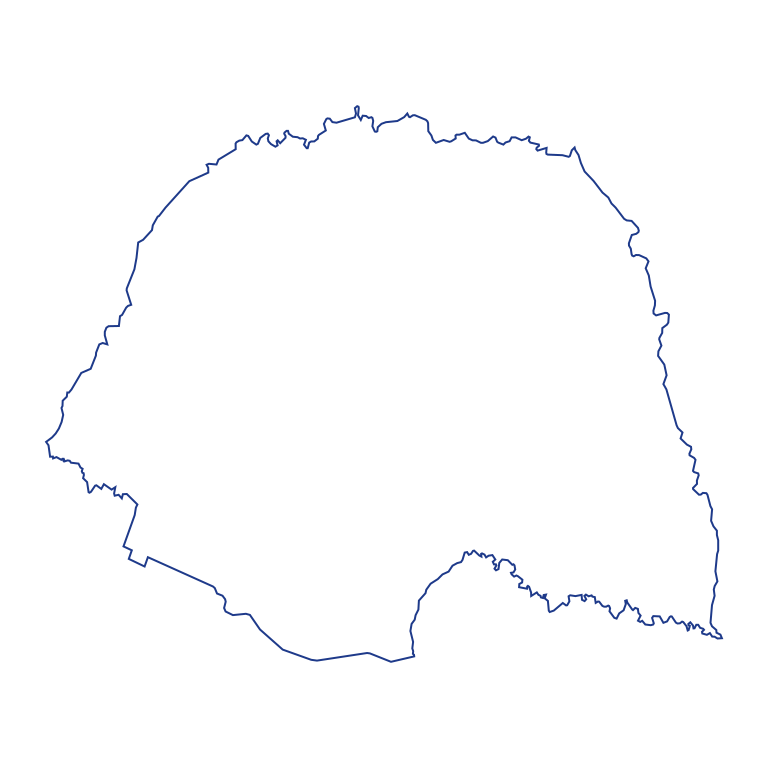 outline of Makueni, Eastern, Kenya
{"feature_id": "3690345B23299491685856", "entity_name": "Makueni", "entity_type": "district", "adm_level": 2, "iso_a3": "KEN", "parent_name": "Kenya", "parent_adm1": "Eastern", "projection": "robinson", "projection_center": [37.731, -1.955], "detail": "fine", "context": "isolated", "style": "outline", "palette": "blue", "viewbox_px": 768, "rotation_deg": 0, "n_neighbors": 0, "source": "geoboundaries", "source_scale": "gbopen_adm2", "svg_char_len": 6081}
<svg xmlns="http://www.w3.org/2000/svg" viewBox="0 0 768 768"><path d="M126.8,288.4L126.6,290.4L131.2,304.8L128.0,305.9L126.2,307.6L122.1,314.9L120.0,316.2L118.9,326.0L108.6,326.2L106.4,327.7L104.8,331.8L104.8,335.4L107.3,344.4L102.7,343.0L99.3,344.4L96.1,352.6L95.9,355.6L90.7,368.8L81.3,372.9L71.5,389.5L68.9,392.6L67.3,392.5L66.8,396.7L62.7,400.7L62.5,406.0L61.5,408.0L63.2,414.9L61.6,422.0L58.9,428.5L55.7,433.5L52.1,437.4L46.1,441.9L48.5,445.3L50.1,456.7L52.9,456.6L53.1,458.4L56.5,457.1L61.3,459.8L62.4,458.8L63.7,458.8L64.1,459.8L63.4,460.7L64.1,461.5L67.7,460.4L69.7,460.8L71.0,462.7L78.5,463.6L80.5,467.5L82.6,468.8L81.8,471.2L82.4,472.8L83.6,473.2L83.9,475.0L83.1,478.2L87.1,482.1L88.6,492.2L89.5,492.7L91.0,491.8L95.1,485.7L96.4,485.3L101.3,488.9L103.9,484.2L111.6,489.6L115.3,487.2L114.1,493.5L114.7,495.7L118.6,494.8L121.8,498.4L122.9,494.2L126.8,494.0L137.4,504.5L135.9,507.6L134.7,515.1L123.5,546.4L131.8,550.3L128.8,558.9L144.6,566.5L147.9,557.2L213.0,586.5L214.8,588.1L217.0,593.5L222.5,595.7L225.1,599.2L225.7,601.7L224.1,608.0L225.6,611.5L232.9,615.1L245.9,613.8L249.9,614.9L260.0,629.5L282.7,649.6L311.2,659.8L317.0,660.6L367.1,653.0L369.9,653.4L391.0,661.8L414.2,656.4L414.0,654.8L412.9,653.8L413.2,651.2L412.3,648.4L413.1,641.9L410.4,631.0L411.6,623.9L414.7,619.7L415.6,615.2L418.4,609.6L418.9,600.6L425.5,593.2L426.3,589.7L430.6,583.7L437.8,579.1L442.5,574.4L448.6,571.6L452.5,565.7L457.2,563.1L461.0,562.1L462.5,559.9L464.7,552.6L467.1,552.1L468.8,554.8L471.1,553.8L473.0,550.9L474.1,550.6L479.3,555.5L481.4,556.6L481.1,553.9L482.0,553.4L484.5,554.6L486.1,557.4L488.6,555.7L492.4,555.1L495.3,559.5L492.8,561.8L494.0,564.4L495.9,564.3L496.4,565.4L494.5,568.7L496.0,570.3L498.5,569.1L499.3,562.9L502.2,559.5L507.8,560.2L512.3,564.8L513.5,564.3L514.5,565.4L515.2,569.5L513.5,572.4L511.0,572.8L511.6,574.3L514.1,576.6L516.4,575.5L517.9,576.2L522.4,579.7L522.1,582.5L519.3,584.0L519.1,587.2L527.0,588.7L527.2,586.5L527.9,585.9L529.1,586.8L531.1,592.5L531.2,596.0L536.8,592.4L538.4,594.8L540.5,595.8L540.9,597.4L542.9,598.0L543.7,595.0L546.0,594.6L544.7,598.3L547.9,600.9L548.8,610.7L549.7,612.0L553.8,610.6L562.8,603.0L566.1,605.4L567.2,605.2L569.4,601.3L568.6,596.3L570.2,595.3L575.5,596.1L581.6,594.9L582.0,599.8L584.6,601.1L586.2,599.3L584.4,595.9L585.9,594.6L588.7,596.3L591.6,595.4L592.4,596.6L594.8,597.1L595.7,602.9L598.0,601.5L599.2,601.7L602.4,605.9L604.2,606.7L606.1,606.7L608.2,605.6L609.1,606.0L610.1,608.3L609.5,611.3L614.3,617.8L616.6,618.6L619.2,613.4L623.6,610.3L625.8,604.1L625.2,600.8L626.7,600.3L627.3,602.5L632.2,609.5L633.0,610.1L635.2,607.9L637.9,608.9L638.4,612.9L640.6,615.6L638.0,620.7L640.2,621.9L642.2,620.8L645.3,624.5L650.8,625.2L653.2,624.5L653.8,623.3L652.1,617.9L653.3,616.1L659.7,616.4L663.4,622.8L667.1,621.4L669.7,617.0L670.9,616.3L671.8,616.5L675.9,622.6L677.5,623.5L679.9,623.3L682.1,621.6L683.3,622.1L686.5,626.2L687.7,630.5L688.6,630.1L689.6,626.8L689.8,625.8L688.6,625.3L688.3,624.0L690.3,622.3L693.0,625.5L693.5,628.4L694.5,628.3L696.3,624.8L698.2,624.8L700.1,627.8L703.2,628.8L704.0,629.8L702.0,631.8L702.3,633.5L706.9,634.8L709.9,633.1L712.2,636.6L714.6,636.7L717.5,638.5L721.9,638.2L720.4,634.6L716.5,632.7L716.3,630.0L712.0,626.3L710.5,622.8L712.0,605.1L714.6,595.8L713.8,589.5L714.7,586.0L717.4,581.4L715.4,571.3L717.1,554.1L718.2,550.6L718.2,540.3L716.9,535.0L716.9,530.7L713.5,526.4L711.1,520.8L712.1,509.3L710.4,506.1L707.5,494.9L706.4,493.2L702.9,492.9L700.8,494.6L699.0,494.7L693.1,489.1L693.0,488.0L697.0,483.9L696.9,480.6L698.7,475.3L698.2,473.4L694.1,472.1L693.0,470.9L695.5,459.8L694.1,457.9L689.6,455.3L689.4,453.7L691.3,449.3L691.0,446.8L686.9,444.6L680.6,438.5L682.5,432.5L677.9,428.1L676.6,425.3L666.4,389.4L663.4,384.1L666.6,375.3L664.3,364.6L658.1,355.9L658.4,351.3L661.4,345.6L659.2,339.3L659.4,337.9L662.2,332.9L662.3,328.1L666.9,324.7L668.3,322.6L668.9,314.6L667.2,313.0L665.0,312.9L656.1,315.4L653.6,313.5L653.4,310.7L654.9,305.4L655.1,300.8L650.6,286.5L648.8,275.5L645.7,268.3L648.5,261.4L646.3,258.4L639.1,255.1L636.0,255.0L633.7,256.3L632.2,255.6L631.6,254.2L630.8,248.7L629.0,245.6L628.9,243.3L631.8,235.0L636.3,233.8L638.4,232.1L638.8,230.7L638.0,227.9L631.6,220.9L626.7,220.4L624.1,218.8L615.6,207.6L611.5,203.5L608.3,197.5L602.5,192.6L593.6,181.0L584.6,171.5L580.9,163.0L578.5,155.0L575.3,150.1L574.6,147.5L571.8,150.3L569.9,156.0L568.7,156.8L562.5,155.2L547.8,154.6L546.5,154.0L546.2,152.6L546.6,147.9L537.6,150.6L536.3,149.1L536.7,147.7L539.0,145.8L538.8,144.5L530.4,142.6L528.9,140.8L529.8,137.3L528.5,136.6L526.0,138.7L521.7,140.2L515.5,137.4L511.6,137.4L509.6,141.2L505.5,142.5L503.4,144.6L498.3,142.6L497.1,141.7L495.5,137.6L493.1,136.5L487.8,141.1L483.0,142.8L480.9,142.8L476.0,140.4L472.5,140.3L468.8,138.6L464.8,132.8L459.3,134.7L456.5,134.7L455.5,135.5L455.7,138.5L451.2,141.3L449.6,141.8L443.7,140.0L435.9,142.8L432.9,139.9L431.4,135.5L428.3,131.2L428.1,123.1L427.4,121.3L425.8,119.8L414.8,115.2L412.9,115.3L410.0,117.2L409.0,116.8L407.3,113.5L404.2,117.1L397.4,121.0L385.9,122.2L381.5,123.8L377.8,127.2L377.3,131.3L376.1,131.8L374.8,131.5L372.4,126.3L373.2,120.9L372.4,117.9L371.4,117.2L368.7,118.0L366.1,116.0L362.7,115.7L360.8,120.0L358.0,115.3L358.8,108.2L358.5,106.7L357.2,106.2L354.9,108.1L356.0,113.6L354.9,117.3L336.5,122.7L332.4,122.1L329.8,118.7L327.4,118.4L326.3,119.1L323.9,123.9L325.8,130.5L318.9,134.9L318.0,136.1L317.8,138.7L314.3,141.4L311.1,141.5L309.2,142.6L307.7,148.2L306.7,148.2L304.0,144.7L305.9,139.8L302.8,138.3L300.0,138.5L297.6,137.2L292.8,136.7L288.8,133.7L288.0,130.9L286.5,130.9L284.5,132.6L284.2,133.7L285.6,136.1L285.5,137.8L280.2,143.2L277.7,140.3L276.6,141.3L277.6,145.4L275.4,146.7L271.0,144.1L268.4,141.3L267.8,138.4L268.9,135.2L267.7,133.6L265.7,133.9L260.3,137.9L257.9,143.8L256.3,144.6L251.8,141.5L248.2,135.9L246.4,135.4L242.4,140.1L239.3,140.6L236.5,142.2L235.6,143.5L235.7,149.2L218.5,159.6L216.5,164.5L208.9,163.8L206.6,164.8L208.2,167.8L208.3,172.6L189.3,181.2L165.5,207.6L159.0,216.0L157.7,216.6L152.8,225.3L152.0,230.1L143.1,239.8L138.2,242.5L136.5,257.9L134.4,269.3L126.8,288.4Z" fill="none" stroke="#1e3a8a" stroke-width="2"/></svg>